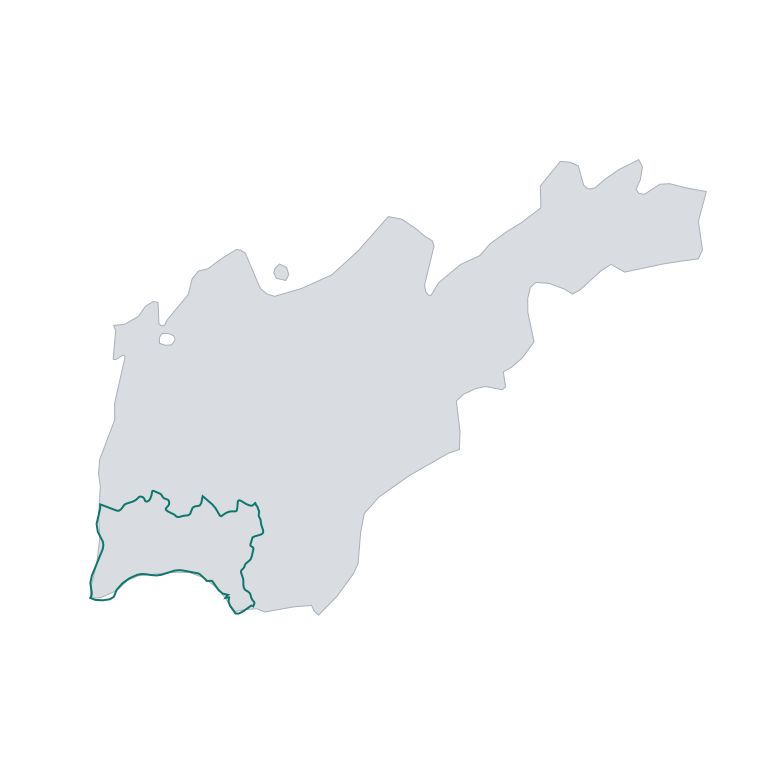 location of Shirak within Armenia, rotated 284°
{"feature_id": "ARM-1555", "entity_name": "Shirak", "entity_type": "Province", "adm_level": 1, "iso_a3": "ARM", "parent_name": "Armenia", "parent_adm1": "", "projection": "albers", "projection_center": [43.928, 40.787], "detail": "fine", "context": "in_parent", "style": "outline", "palette": "teal", "viewbox_px": 768, "rotation_deg": 284, "n_neighbors": 0, "source": "natural_earth", "source_scale": "10m", "svg_char_len": 4478}
<svg xmlns="http://www.w3.org/2000/svg" viewBox="0 0 768 768"><g transform="rotate(284 384 384)"><path d="M338.6,473.0L332.4,463.2L301.5,431.0L273.0,406.3L253.5,396.2L233.9,397.3L203.5,402.3L192.4,400.2L165.9,389.4L143.9,376.4L146.9,371.1L151.6,367.2L146.0,350.5L133.9,323.5L135.2,315.0L131.4,303.3L127.2,294.5L144.5,273.5L152.4,256.6L154.1,240.1L149.6,222.9L138.4,191.8L131.5,182.8L118.7,174.3L107.9,160.5L105.2,150.7L114.4,148.8L140.9,148.7L166.5,145.4L186.6,139.0L215.7,133.6L227.7,128.8L241.7,126.4L284.2,131.4L300.1,127.3L347.9,126.2L349.1,124.1L342.6,117.7L342.6,115.2L371.0,110.7L375.4,107.5L379.2,117.9L390.1,129.3L401.8,133.8L408.2,140.1L408.6,145.0L387.9,151.1L386.6,154.0L388.0,156.9L394.2,158.3L423.4,172.4L440.0,172.4L448.8,176.7L453.3,185.3L467.3,196.8L478.6,208.1L479.3,212.0L477.4,217.8L446.8,240.8L443.0,248.6L442.6,256.7L456.7,280.8L477.3,307.0L506.8,326.6L547.5,347.7L548.3,361.2L542.3,377.5L537.0,388.5L534.7,396.0L529.9,399.2L489.7,399.4L483.8,402.1L481.2,405.3L481.0,408.0L495.6,412.6L518.5,429.4L531.8,445.9L545.5,452.9L561.0,465.8L573.5,478.0L592.9,493.6L614.0,487.8L642.7,501.3L644.2,511.0L642.7,519.7L625.1,529.7L623.0,533.7L623.1,536.9L625.6,541.5L636.2,549.0L648.9,560.1L663.3,576.9L657.3,582.2L644.3,583.3L634.1,581.5L630.7,585.1L631.0,590.7L644.6,603.4L647.5,612.8L647.4,629.4L648.7,650.2L617.7,649.7L591.5,660.5L581.5,658.7L574.5,641.2L568.5,626.9L550.8,590.4L555.0,575.2L545.5,566.6L522.7,551.4L516.8,545.1L519.8,536.1L521.6,519.7L519.2,506.6L513.1,502.7L501.9,502.7L488.4,506.2L461.3,519.4L442.2,511.6L431.1,503.6L424.7,496.8L410.6,502.7L407.0,500.0L406.1,483.0L401.7,474.0L393.0,463.4L385.0,458.3L356.1,469.3L338.6,473.0ZM380.0,168.1L380.8,162.0L379.4,156.5L374.7,154.8L369.1,156.3L368.7,162.4L370.5,168.3L376.3,170.8L380.0,168.1ZM473.5,261.3L466.9,265.2L460.7,263.6L460.5,254.1L464.9,250.2L470.1,250.3L475.1,253.6L473.5,261.3Z" fill="#d9dde1" stroke="#a8b0b8" stroke-width="1"/><path d="M155.5,151.0L159.8,150.7L163.2,149.2L171.3,142.1L178.7,139.0L194.7,138.7L198.5,137.7L198.5,138.1L196.5,155.2L196.6,156.6L197.1,157.6L198.6,159.0L199.8,159.6L203.9,161.3L204.7,161.9L205.8,163.3L209.0,168.5L210.5,170.3L211.8,171.6L215.0,173.6L215.5,174.0L215.8,174.8L216.0,175.7L215.8,177.4L215.3,178.4L214.6,179.2L213.1,180.3L212.6,180.9L212.4,181.7L212.7,182.6L213.7,183.8L214.7,184.4L215.9,184.9L219.8,185.3L223.8,185.1L224.3,185.5L224.6,186.3L223.3,193.7L222.6,194.9L220.6,196.8L220.0,198.1L219.7,199.6L219.5,202.1L218.8,203.2L217.8,203.9L216.4,204.4L215.1,204.5L213.9,204.2L211.1,202.7L210.4,202.5L209.8,202.5L209.4,202.7L209.1,203.0L208.4,204.3L208.0,205.5L206.6,211.8L206.4,212.4L205.1,214.7L205.1,216.2L205.6,217.8L207.0,220.2L207.8,221.9L208.5,223.6L208.9,225.1L209.8,226.4L211.1,227.3L217.3,228.2L218.5,228.9L219.7,230.6L220.9,233.5L221.5,234.5L222.9,235.1L224.1,235.5L231.3,235.2L225.6,246.6L222.7,250.6L216.8,256.4L216.3,257.4L216.4,258.2L219.1,260.4L220.6,261.9L221.9,263.5L223.0,265.4L223.4,266.5L223.8,267.7L224.4,270.3L224.7,271.1L225.2,271.6L225.9,271.7L228.5,271.6L234.0,270.7L235.1,270.7L236.0,271.3L236.2,272.3L236.0,273.5L234.2,279.4L233.7,282.5L233.7,284.1L234.0,285.3L234.5,285.9L235.0,286.4L236.8,287.4L237.4,287.8L237.2,288.1L235.9,288.9L235.3,289.5L234.4,290.7L233.8,291.2L232.2,292.0L231.3,292.9L230.6,293.4L229.7,293.8L226.7,294.1L225.9,294.4L225.2,294.7L222.5,297.0L217.8,298.9L213.1,301.9L211.9,302.4L210.9,302.6L210.1,302.5L209.3,302.1L208.6,301.5L207.9,300.6L205.1,295.8L204.0,294.3L203.7,293.9L203.3,293.6L196.1,293.2L195.0,293.5L194.5,294.1L194.2,294.9L193.9,296.1L193.3,296.8L192.4,297.2L185.1,297.4L182.2,297.1L181.3,296.8L180.4,296.3L176.7,293.6L175.7,293.1L174.6,292.8L172.5,292.7L171.6,292.4L168.8,290.7L167.6,290.6L166.3,291.0L161.0,294.4L159.4,295.0L154.5,296.3L152.2,297.5L151.0,298.6L150.3,299.9L150.0,301.2L149.6,302.4L148.7,304.2L147.4,305.3L143.8,307.4L142.6,308.6L141.3,310.4L140.5,311.1L139.8,311.4L136.7,310.9L136.9,310.4L136.9,308.8L129.8,302.8L126.1,298.6L125.4,295.5L131.4,288.4L135.2,285.8L139.4,285.3L138.9,283.6L138.6,283.0L138.1,282.0L139.1,282.4L139.9,282.6L140.7,282.9L141.7,283.7L141.6,278.2L143.9,273.5L151.4,264.8L150.0,259.6L151.1,258.2L154.7,251.7L155.3,249.8L154.4,233.9L153.8,230.1L152.2,225.8L145.0,214.1L143.2,209.6L142.3,204.3L141.9,199.7L141.2,195.3L139.2,190.8L133.8,183.9L127.0,178.2L119.5,174.4L112.1,173.3L108.8,170.1L106.1,163.5L104.7,156.2L105.4,150.8L107.1,151.3L108.9,151.3L110.6,151.0L119.9,147.2L127.3,146.9L155.5,151.0Z" fill="none" stroke="#0f766e" stroke-width="2"/></g></svg>